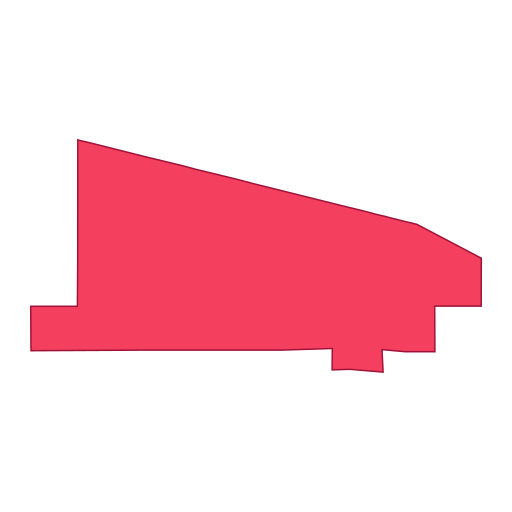 Vilas, Wisconsin, United States of America
{"feature_id": "52423323B83029835458818", "entity_name": "Vilas", "entity_type": "district", "adm_level": 2, "iso_a3": "USA", "parent_name": "United States of America", "parent_adm1": "Wisconsin", "projection": "equal_earth", "projection_center": [-89.368, 46.078], "detail": "fine", "context": "isolated", "style": "filled", "palette": "rose", "viewbox_px": 512, "rotation_deg": 0, "n_neighbors": 0, "source": "geoboundaries", "source_scale": "gbopen_adm2", "svg_char_len": 604}
<svg xmlns="http://www.w3.org/2000/svg" viewBox="0 0 512 512"><path d="M434.9,351.7L434.7,306.1L481.2,306.1L481.3,258.2L477.0,256.0L474.8,254.8L457.7,245.8L416.8,224.3L403.3,221.1L388.4,217.3L386.3,216.7L375.1,214.1L372.4,213.3L371.6,213.0L370.6,212.8L365.6,211.5L364.8,211.3L341.9,205.7L253.2,183.6L237.7,179.5L195.4,169.2L183.6,166.0L144.4,156.5L86.3,141.9L85.6,141.7L82.0,141.0L77.8,139.9L77.7,260.5L77.4,306.3L30.7,306.3L31.0,350.7L147.1,350.1L281.6,350.1L332.3,348.5L332.1,369.9L349.5,369.3L383.1,372.1L382.0,349.6L404.9,351.7L434.9,351.7Z" fill="#f43f5e" stroke="#9f1239" stroke-width="1.5"/></svg>